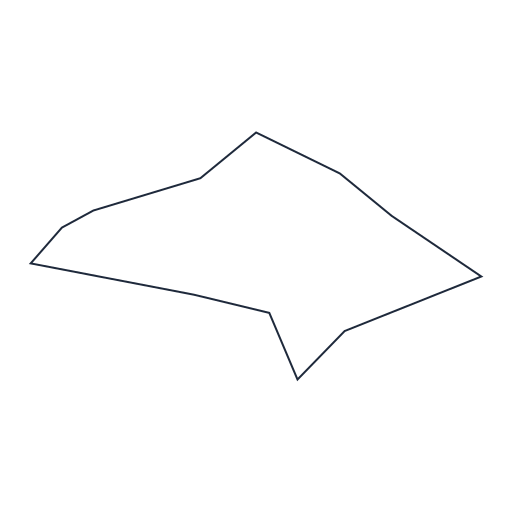 SVG path tracing the border of Stopinu
{"feature_id": "LVA-5780", "entity_name": "Stopinu", "entity_type": "Municipality", "adm_level": 1, "iso_a3": "LVA", "parent_name": "Latvia", "parent_adm1": "", "projection": "natural_earth1", "projection_center": [24.31, 56.933], "detail": "fine", "context": "isolated", "style": "outline", "palette": "slate", "viewbox_px": 512, "rotation_deg": 0, "n_neighbors": 0, "source": "natural_earth", "source_scale": "10m", "svg_char_len": 279}
<svg xmlns="http://www.w3.org/2000/svg" viewBox="0 0 512 512"><path d="M30.7,263.4L61.9,227.6L93.4,210.5L200.4,178.2L256.1,132.5L339.9,173.5L391.7,215.9L481.3,276.5L344.7,331.0L297.5,379.5L269.3,312.9L193.9,294.7L30.7,263.4Z" fill="none" stroke="#1e293b" stroke-width="2"/></svg>